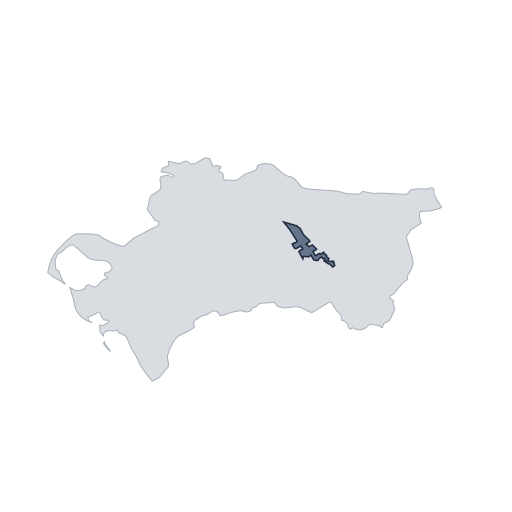 Wekilbazar, Mary, Turkmenistan (highlighted), rotated 329°
{"feature_id": "10190150B57236240934442", "entity_name": "Wekilbazar", "entity_type": "district", "adm_level": 2, "iso_a3": "TKM", "parent_name": "Turkmenistan", "parent_adm1": "Mary", "projection": "natural_earth1", "projection_center": [61.577, 38.453], "detail": "fine", "context": "in_parent", "style": "filled", "palette": "slate", "viewbox_px": 512, "rotation_deg": 329, "n_neighbors": 0, "source": "geoboundaries", "source_scale": "gbopen_adm2", "svg_char_len": 5451}
<svg xmlns="http://www.w3.org/2000/svg" viewBox="0 0 512 512"><g transform="rotate(329 256 256)"><path d="M160.4,177.7L181.3,178.9L187.7,179.7L190.4,176.8L190.3,176.1L189.4,175.5L187.8,173.5L186.7,160.1L188.5,158.1L190.6,156.7L193.7,152.5L195.4,151.2L197.8,150.2L205.8,149.9L209.1,149.0L212.1,144.2L212.7,141.4L214.9,139.2L216.1,139.2L221.5,141.1L222.7,142.1L224.5,145.7L226.5,145.4L226.8,144.8L226.6,144.1L225.1,141.9L221.7,137.9L218.4,135.4L218.2,134.6L221.0,132.6L226.7,133.4L228.2,132.8L229.7,129.6L237.1,136.8L238.5,137.5L244.5,138.4L245.6,139.4L247.5,143.5L249.6,144.6L252.1,145.4L262.8,145.6L266.1,148.3L266.6,149.0L266.0,151.0L265.8,154.7L264.9,156.2L265.4,156.8L269.2,158.4L271.5,160.8L271.7,161.8L271.0,162.5L269.3,162.2L268.4,163.3L268.4,165.2L269.6,167.1L270.0,168.7L268.1,172.6L268.1,174.3L268.7,175.2L278.3,181.1L279.8,181.2L289.1,180.2L290.9,180.8L299.0,182.1L301.3,181.9L302.9,180.1L304.3,179.3L305.7,179.3L309.6,180.5L313.7,183.0L316.4,185.3L317.8,187.4L321.5,198.9L324.0,203.6L326.9,206.1L329.0,210.5L330.7,220.4L331.9,222.4L336.3,226.3L359.1,242.2L366.0,249.4L376.7,256.3L380.6,255.5L388.9,262.9L394.3,265.7L401.1,270.1L415.6,280.1L418.7,280.5L422.1,279.1L425.1,279.9L430.6,282.5L436.4,286.3L441.4,287.7L442.8,289.4L442.9,290.3L440.2,295.2L439.9,301.4L440.3,309.7L439.0,309.9L429.2,307.5L419.9,302.4L417.8,304.1L416.7,305.8L414.5,313.0L402.0,313.4L394.7,317.0L388.2,340.4L386.8,343.3L382.7,347.2L375.6,350.9L374.5,352.5L374.2,353.9L373.4,354.3L369.4,354.3L354.3,359.4L351.0,359.4L349.7,359.8L349.1,360.8L350.8,365.5L349.4,366.8L348.5,369.1L347.8,373.2L337.9,379.6L335.8,380.3L331.8,379.7L329.7,380.4L327.6,382.4L326.6,381.8L326.1,379.7L325.0,378.4L318.8,373.3L311.7,374.1L309.0,373.7L306.9,372.8L303.7,369.9L301.6,367.1L299.3,367.4L298.7,366.1L298.6,364.5L299.3,362.7L299.1,359.1L297.8,356.6L296.4,355.5L298.0,351.4L298.0,348.4L297.0,345.0L296.6,340.3L296.9,335.6L295.6,333.3L274.6,333.4L267.2,322.6L264.2,320.0L253.8,315.4L251.0,312.9L248.6,310.2L248.1,306.5L246.9,304.3L245.3,304.0L237.2,299.7L234.0,298.6L229.5,299.6L226.9,298.4L223.8,300.1L222.5,300.2L219.1,299.2L215.1,295.3L211.7,293.7L204.5,291.2L199.4,290.4L195.0,288.9L194.5,288.4L194.4,285.1L193.8,283.7L192.6,282.1L190.8,280.8L183.2,281.0L179.7,279.7L176.9,279.5L170.7,279.7L168.8,280.6L167.6,281.7L166.8,284.9L166.1,285.4L160.2,285.5L147.6,284.7L142.3,286.3L134.1,291.3L129.3,295.4L127.9,297.3L124.9,304.6L123.7,305.7L122.1,306.5L120.4,306.7L112.9,309.6L110.0,310.3L102.6,309.9L101.0,299.0L100.6,290.4L101.7,278.5L101.6,270.9L103.1,259.3L102.7,256.5L99.0,251.3L98.6,247.8L96.3,247.6L92.5,244.6L88.9,243.4L87.0,243.4L85.3,244.2L84.0,246.0L83.3,243.3L83.4,240.4L86.5,234.6L88.3,236.3L90.5,237.0L96.2,236.6L95.7,234.6L92.8,232.6L92.3,229.9L92.6,227.2L93.4,224.6L92.6,223.5L91.3,222.9L88.2,223.0L80.3,222.0L79.2,225.0L81.3,229.0L77.8,224.5L75.5,219.8L74.1,214.3L74.0,208.3L77.3,198.8L80.2,187.1L83.1,192.1L85.3,194.2L90.2,195.6L92.6,195.3L95.2,194.0L97.7,194.4L101.5,199.5L104.2,200.0L110.1,198.1L112.8,197.7L115.2,198.6L117.7,198.6L116.7,196.2L116.3,193.9L117.8,192.7L122.3,194.0L126.0,192.6L126.6,192.0L127.0,190.0L126.6,186.0L125.8,184.4L123.8,182.0L115.8,176.4L113.2,174.1L111.0,171.2L107.6,159.7L105.0,152.3L103.9,151.4L99.2,150.8L90.2,152.6L87.1,152.2L85.6,153.0L81.8,156.1L80.1,158.8L77.5,164.8L79.2,166.8L77.5,177.1L78.2,181.4L77.9,181.8L75.3,176.3L71.9,170.9L69.1,162.6L74.6,157.2L79.3,153.3L84.3,150.4L89.4,148.5L100.9,145.5L107.3,144.4L112.4,144.2L116.3,146.1L126.8,152.7L131.3,156.5L132.6,158.0L133.8,161.6L141.3,173.2L143.1,174.9L146.0,178.6L148.9,179.7L160.4,177.7ZM82.4,261.3L82.1,262.9L80.7,258.2L80.2,253.0L81.1,251.6L82.2,251.6L81.1,253.5L82.4,261.3Z" fill="#d9dde1" stroke="#a8b0b8" stroke-width="1"/><path d="M301.2,245.3L297.2,241.1L297.3,241.8L297.4,242.2L297.6,245.1L298.2,246.1L298.0,248.3L298.5,250.0L298.9,264.6L296.4,265.1L296.2,265.1L295.6,264.4L293.1,264.4L292.9,268.5L293.3,269.5L293.5,270.0L294.4,270.3L294.9,270.4L298.8,270.5L299.7,270.6L299.5,272.3L299.7,272.7L299.9,273.0L299.8,273.6L299.7,274.1L298.7,274.1L297.5,273.8L297.2,273.8L295.0,274.3L294.7,280.4L294.7,282.6L296.4,280.7L298.3,282.1L300.6,283.8L303.4,283.6L303.5,283.6L303.5,285.4L303.5,289.1L303.7,289.3L305.6,291.0L306.8,291.8L308.7,290.7L308.9,290.6L311.6,290.6L311.7,291.2L312.0,292.7L313.4,293.6L313.2,294.2L313.0,294.8L312.1,294.8L311.8,295.7L313.0,296.3L312.6,297.1L313.1,297.8L313.4,298.5L313.8,299.7L314.0,299.9L315.1,301.1L315.6,302.8L316.1,305.0L316.4,305.0L318.6,304.7L318.6,304.0L318.9,303.6L319.0,303.4L319.0,302.2L319.3,302.0L319.4,301.9L319.5,301.8L319.6,301.6L319.6,301.0L319.5,300.1L316.6,298.8L315.9,298.1L315.5,297.8L315.0,296.7L316.6,296.3L317.2,295.3L316.6,294.6L316.5,294.4L316.0,293.4L316.1,293.2L316.4,292.8L316.8,292.0L316.8,291.7L316.6,290.9L316.3,290.2L316.2,289.9L316.0,289.6L315.5,289.0L316.0,287.7L312.9,287.6L312.0,287.6L311.9,286.6L311.0,286.4L307.0,286.4L307.1,284.6L307.2,281.5L311.4,281.5L311.4,281.4L311.3,280.4L311.0,279.6L310.5,277.5L310.3,276.7L310.0,275.5L306.2,275.3L306.1,274.9L305.8,274.3L305.6,274.0L305.8,272.8L305.3,272.3L305.1,271.7L305.5,271.8L306.2,271.9L306.3,271.7L306.4,271.3L308.1,271.5L308.8,271.2L309.7,271.3L309.7,271.1L309.7,270.1L309.6,269.2L309.2,267.9L308.9,266.7L308.5,265.7L308.4,265.0L307.7,262.1L307.9,257.3L307.9,254.5L307.5,253.9L307.2,253.5L307.1,253.2L306.9,252.6L306.7,251.2L306.2,250.7L304.7,249.4L304.4,248.7L302.7,246.9L301.9,246.3L301.2,245.3Z" fill="#64748b" stroke="#1e293b" stroke-width="1.5"/></g></svg>